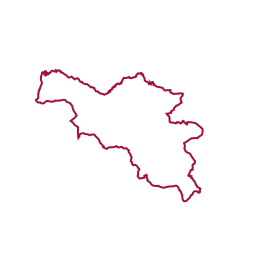 Da Krong, Quảng Trị, Vietnam, rotated 329°
{"feature_id": "81297802B86066179794931", "entity_name": "Da Krong", "entity_type": "district", "adm_level": 2, "iso_a3": "VNM", "parent_name": "Vietnam", "parent_adm1": "Quảng Trị", "projection": "robinson", "projection_center": [106.951, 16.569], "detail": "fine", "context": "isolated", "style": "outline", "palette": "rose", "viewbox_px": 256, "rotation_deg": 329, "n_neighbors": 0, "source": "geoboundaries", "source_scale": "gbopen_adm2", "svg_char_len": 5788}
<svg xmlns="http://www.w3.org/2000/svg" viewBox="0 0 256 256"><g transform="rotate(329 128 128)"><path d="M188.8,171.1L191.2,167.9L191.3,166.9L190.1,162.9L189.5,162.0L189.2,160.2L188.5,159.3L188.0,158.1L184.9,155.5L181.9,153.6L181.5,153.6L180.9,155.0L180.5,155.4L180.3,155.3L179.1,152.1L179.0,151.5L179.3,150.6L179.1,150.3L177.8,150.5L176.9,151.0L176.0,151.3L175.5,151.1L175.2,150.8L175.0,149.9L174.5,149.2L173.3,148.9L172.8,148.2L172.4,148.2L171.9,148.7L170.9,148.3L169.9,147.1L166.9,144.6L167.2,143.5L169.0,140.3L169.1,139.3L168.5,136.7L168.5,135.7L170.3,136.5L172.0,136.8L172.7,137.2L173.1,136.8L173.5,135.9L174.2,136.0L175.2,135.8L176.6,136.0L178.2,134.4L179.6,134.4L180.9,133.7L183.5,134.3L185.1,133.7L187.0,133.9L187.2,132.9L187.8,131.8L187.5,130.9L188.5,129.5L191.5,128.2L192.7,127.0L190.7,125.1L189.1,124.7L188.6,124.2L184.9,122.5L184.6,122.2L184.5,121.6L183.6,121.0L182.7,119.1L183.8,117.9L183.8,117.2L183.0,116.7L182.1,116.6L181.3,115.8L179.6,115.2L178.7,114.5L178.3,111.8L177.9,111.0L174.1,107.4L173.4,106.3L172.5,104.2L172.3,104.2L172.4,103.8L172.8,103.6L172.1,102.8L173.0,102.0L172.9,101.3L172.5,101.1L171.2,101.3L170.7,101.0L170.6,100.6L170.3,101.7L170.1,101.4L170.0,101.6L169.9,101.3L169.2,101.3L169.1,100.8L168.7,100.9L168.9,100.2L168.5,99.4L168.4,98.5L168.2,98.1L167.3,97.3L166.9,96.0L167.0,95.3L167.7,94.3L167.9,91.2L168.0,90.4L167.9,90.0L168.4,89.8L168.0,89.3L167.5,89.3L167.5,88.9L167.3,89.1L167.0,88.9L167.0,88.7L167.3,88.7L167.2,88.4L167.6,88.2L167.8,87.7L165.4,87.0L165.0,86.5L164.6,86.3L163.4,86.8L163.0,86.6L162.1,87.2L161.7,87.3L161.6,87.9L161.0,88.1L159.8,87.9L159.3,87.5L156.7,87.1L155.2,85.9L155.5,85.4L154.8,84.7L154.3,84.8L152.6,84.3L151.1,83.6L150.4,82.9L149.5,83.1L147.1,84.7L147.1,84.8L145.7,85.3L145.7,86.0L145.4,86.3L144.5,85.9L143.9,86.1L143.5,85.6L143.1,85.9L142.1,85.0L142.0,84.5L141.6,84.4L141.0,84.6L140.4,84.6L140.1,85.0L139.6,84.8L139.3,85.2L138.4,85.0L138.1,85.7L137.8,85.4L136.8,85.8L136.6,85.3L135.9,85.7L135.1,85.6L134.4,86.1L134.2,86.7L133.5,86.4L132.7,86.8L132.4,86.4L131.5,86.4L131.5,87.1L131.3,87.6L130.5,86.9L130.1,87.4L129.2,87.3L129.1,87.8L128.9,88.0L127.2,87.5L124.8,87.3L124.3,86.1L123.2,85.3L121.4,83.3L121.3,82.0L121.1,81.4L119.6,80.2L119.3,78.1L119.7,76.4L119.0,76.0L118.8,75.1L118.2,74.3L117.1,74.0L115.9,70.2L115.8,69.5L114.6,68.9L113.0,67.4L112.3,65.7L112.4,64.8L111.5,64.5L110.9,63.9L110.8,60.3L110.6,59.8L110.0,59.4L109.9,59.1L107.3,58.8L106.1,54.9L103.6,54.5L103.0,54.1L102.7,53.4L102.4,51.6L101.6,49.7L100.9,48.5L100.8,47.8L100.4,46.7L99.0,45.7L99.4,44.4L99.1,44.3L98.7,43.1L96.9,42.7L96.8,42.0L96.2,41.8L95.5,42.8L95.3,42.4L95.4,41.6L94.8,42.0L94.3,42.0L93.9,41.6L93.3,40.3L92.5,39.8L91.5,39.8L90.8,40.2L90.3,40.2L90.0,40.6L89.2,40.3L88.6,40.7L87.5,39.6L87.1,40.7L86.9,40.9L86.2,40.4L86.2,40.1L86.8,39.1L86.7,38.0L86.9,37.5L86.3,37.1L86.3,36.6L86.1,36.5L85.5,36.7L85.6,37.8L85.3,38.2L85.9,38.9L84.8,40.1L84.7,40.6L84.4,40.6L84.0,40.2L84.1,39.2L83.8,37.6L83.1,35.5L82.9,36.6L80.4,38.7L78.5,41.1L78.2,42.0L77.6,44.4L76.9,45.7L76.5,46.1L75.4,46.6L72.8,48.7L72.3,49.4L71.7,49.4L71.1,49.8L71.1,50.2L70.2,50.6L69.4,52.0L68.4,52.7L68.0,53.7L67.1,55.0L67.1,55.4L66.5,56.0L65.4,56.4L63.7,56.4L63.3,57.6L64.0,59.7L64.4,60.1L66.0,60.9L66.1,61.9L67.0,62.7L67.6,62.9L67.8,63.2L68.7,63.3L72.5,62.9L73.1,63.8L74.0,64.2L74.7,64.8L75.8,66.1L77.1,66.5L78.6,67.3L79.7,66.9L82.0,68.5L84.7,69.8L86.4,70.4L87.3,70.6L88.7,71.8L88.9,74.1L90.4,75.7L91.2,77.4L91.4,78.2L91.2,78.8L91.5,79.6L91.6,80.2L90.8,82.6L90.3,85.2L90.5,89.0L90.2,90.0L90.4,90.9L87.2,91.9L82.5,92.4L82.8,92.9L83.6,95.3L83.9,97.9L85.6,101.6L84.3,103.4L84.0,104.3L83.0,105.5L82.0,107.9L81.1,109.1L80.4,110.9L82.1,110.1L82.5,109.4L83.3,108.7L84.0,108.5L85.1,108.7L86.6,109.2L87.5,110.0L88.6,111.5L90.5,112.9L91.3,114.4L93.2,114.7L93.6,115.1L95.6,116.1L96.0,117.1L95.9,117.9L97.0,122.2L97.0,124.0L96.4,126.2L96.8,127.2L97.2,129.9L97.8,130.9L97.8,131.1L96.8,131.6L97.6,133.2L99.2,135.0L100.4,134.7L102.3,135.0L105.3,136.8L108.9,137.7L109.0,138.8L109.5,139.4L110.4,140.1L112.6,140.7L113.1,141.1L113.7,143.2L114.5,143.8L116.1,144.4L117.2,147.9L116.2,148.7L116.2,149.8L116.6,151.4L116.1,153.3L116.1,155.0L113.8,157.1L113.4,157.8L113.8,159.4L113.1,160.1L113.1,161.7L113.4,162.7L114.8,162.9L115.4,163.6L116.2,165.4L116.0,167.3L116.5,168.1L116.5,168.8L116.3,169.4L115.1,169.9L113.9,170.9L112.6,173.4L112.1,173.9L111.5,174.1L111.6,176.6L112.3,177.5L114.7,178.3L116.1,179.0L116.4,179.0L117.2,177.5L117.5,177.3L118.8,177.6L119.7,177.6L119.7,178.2L119.5,178.8L118.6,179.6L118.4,180.2L118.5,182.1L117.7,182.7L117.6,183.2L117.8,183.9L118.8,185.7L119.0,187.8L119.4,189.6L119.9,190.3L122.7,192.6L123.9,193.0L124.5,193.4L124.7,194.2L125.5,195.3L126.7,196.5L127.2,197.2L127.9,197.6L132.7,199.1L135.8,200.8L139.4,202.1L139.7,202.4L140.2,203.3L140.5,204.8L140.3,205.7L140.3,207.0L139.9,208.1L140.6,208.7L139.7,214.2L138.5,216.1L138.0,217.6L138.1,219.0L138.4,219.7L139.8,220.5L141.4,220.4L143.8,219.7L145.0,219.5L145.8,218.9L146.4,218.9L147.4,218.0L148.9,218.3L150.4,217.0L151.6,216.5L152.6,216.6L155.0,218.2L155.1,218.5L154.9,219.5L155.0,219.8L156.4,220.1L156.9,219.6L157.9,217.7L158.7,217.4L158.4,216.1L157.7,215.5L157.0,214.1L157.3,213.2L156.9,211.5L157.2,210.9L157.2,210.1L157.6,209.2L157.5,208.0L157.2,207.2L157.4,206.7L157.0,205.6L157.3,204.2L156.7,203.6L157.1,203.3L157.1,202.8L157.5,202.0L156.5,201.8L156.6,201.0L155.8,201.0L155.2,199.9L158.8,197.5L159.4,196.8L160.2,196.8L160.7,196.4L161.2,196.4L162.0,197.0L162.5,195.9L163.5,194.6L164.0,193.2L165.1,192.6L166.6,192.9L167.2,192.1L168.0,191.6L168.4,190.7L168.1,189.7L168.1,187.7L167.8,184.5L168.0,181.9L166.5,180.0L165.3,177.7L165.7,176.8L165.7,174.6L167.1,173.3L167.6,172.4L168.4,169.7L170.4,169.9L177.0,169.5L178.9,170.6L179.8,170.8L182.4,172.6L183.1,172.1L187.6,171.9L188.8,171.1Z" fill="none" stroke="#9f1239" stroke-width="2"/></g></svg>